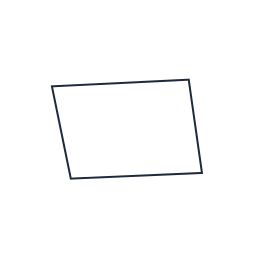 outline of Timisoara, Timis, Romania, rotated 213°
{"feature_id": "2599482B91737143557292", "entity_name": "Timisoara", "entity_type": "district", "adm_level": 2, "iso_a3": "ROU", "parent_name": "Romania", "parent_adm1": "Timis", "projection": "natural_earth1", "projection_center": [21.325, 45.796], "detail": "fine", "context": "isolated", "style": "outline", "palette": "slate", "viewbox_px": 256, "rotation_deg": 213, "n_neighbors": 0, "source": "geoboundaries", "source_scale": "gbopen_adm2", "svg_char_len": 224}
<svg xmlns="http://www.w3.org/2000/svg" viewBox="0 0 256 256"><g transform="rotate(213 128 128)"><path d="M214.5,121.5L148.4,54.4L41.5,130.6L103.4,201.6L214.5,121.5Z" fill="none" stroke="#1e293b" stroke-width="2"/></g></svg>